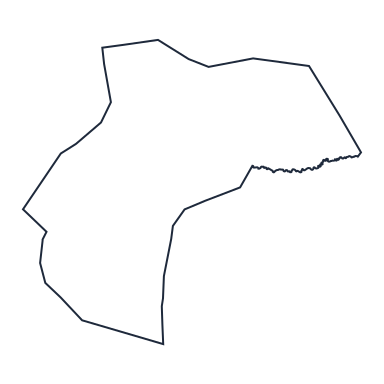 outline of Bayan-Ovoo, Hentiy, Mongolia
{"feature_id": "93677404B57726852973522", "entity_name": "Bayan-Ovoo", "entity_type": "district", "adm_level": 2, "iso_a3": "MNG", "parent_name": "Mongolia", "parent_adm1": "Hentiy", "projection": "equal_earth", "projection_center": [112.511, 47.731], "detail": "fine", "context": "isolated", "style": "outline", "palette": "slate", "viewbox_px": 384, "rotation_deg": 0, "n_neighbors": 0, "source": "geoboundaries", "source_scale": "gbopen_adm2", "svg_char_len": 4835}
<svg xmlns="http://www.w3.org/2000/svg" viewBox="0 0 384 384"><path d="M42.6,240.6L40.1,263.0L45.3,282.9L60.8,297.6L82.1,320.3L163.2,344.1L162.4,324.8L161.8,306.2L163.0,298.3L163.9,276.1L171.2,239.0L172.9,225.9L184.6,209.4L205.1,200.8L240.1,187.4L252.4,165.8L252.8,165.9L253.2,166.1L253.3,166.4L253.2,166.7L253.1,167.0L253.2,167.3L253.5,167.5L254.2,167.6L255.2,167.5L256.2,167.4L257.0,167.3L257.5,167.4L257.8,167.6L258.1,167.9L258.3,168.2L258.4,168.7L258.7,168.7L259.1,168.7L259.4,168.6L259.8,168.3L260.4,168.1L260.8,167.3L261.1,166.9L261.4,166.7L261.6,166.7L262.0,166.7L262.5,166.8L262.9,166.7L263.4,166.7L263.7,166.8L263.8,166.9L263.9,167.2L263.9,167.6L264.2,167.9L264.6,167.9L264.8,167.8L265.1,167.6L265.6,167.5L265.9,167.6L266.3,167.8L266.4,168.1L266.5,168.7L266.8,169.1L267.1,169.2L267.4,169.1L267.7,169.0L267.9,168.7L268.0,168.4L268.4,168.3L268.6,168.4L268.9,168.7L269.4,169.0L270.1,169.3L270.6,169.6L271.0,169.9L271.4,170.2L271.8,170.4L272.4,170.6L272.6,170.8L272.8,171.2L272.9,171.9L273.6,172.3L274.1,172.2L274.5,171.8L274.8,171.4L275.1,171.1L275.6,170.8L275.8,170.6L276.3,170.3L276.8,170.1L277.3,170.0L277.9,170.0L278.2,169.9L278.5,169.7L279.2,169.4L280.0,169.3L280.6,169.5L281.0,169.5L281.4,169.6L281.9,169.6L282.5,169.6L282.9,169.6L283.1,169.8L283.3,170.1L283.5,170.7L283.7,171.1L284.3,171.4L284.7,171.4L285.0,171.3L285.3,171.0L285.6,170.6L285.8,170.3L286.1,170.1L286.3,170.1L286.7,170.1L287.0,170.2L287.3,170.5L287.5,171.1L287.8,171.4L288.2,171.5L288.6,171.4L289.0,171.3L289.3,171.3L289.5,171.3L289.6,171.5L289.7,171.9L290.1,172.2L290.6,172.2L291.0,172.2L291.4,172.0L291.5,171.6L291.6,171.1L291.7,170.8L291.9,170.6L292.2,170.3L292.3,169.8L292.6,169.4L293.4,169.3L294.2,169.5L294.8,169.8L295.2,170.1L295.5,170.3L295.6,170.5L295.7,170.8L295.9,171.1L296.2,171.3L296.5,171.3L296.8,171.1L297.4,170.9L297.6,170.9L298.1,171.1L298.6,171.4L299.1,171.7L299.6,172.0L300.2,172.3L300.5,172.3L301.0,172.2L301.4,172.0L301.5,171.7L301.4,171.1L301.4,170.7L301.6,170.5L301.8,170.3L302.0,170.1L302.1,169.8L302.1,169.3L302.2,169.2L302.3,169.1L302.5,169.0L302.9,169.2L303.1,169.5L303.3,169.8L303.6,170.1L304.1,170.3L304.8,170.2L305.1,169.9L305.8,169.5L306.4,169.1L307.0,168.6L307.3,168.4L307.8,168.2L308.3,168.0L309.0,168.1L309.7,168.1L310.0,168.2L310.2,168.4L310.7,169.0L311.2,169.5L311.4,169.6L311.9,169.8L312.2,169.8L312.6,169.7L312.9,169.4L313.3,168.9L313.5,168.4L313.5,167.9L313.6,167.6L313.8,167.4L314.0,167.3L314.3,167.3L314.6,167.4L314.8,167.7L315.2,168.0L315.5,168.2L316.1,168.5L316.8,168.4L317.2,168.3L317.8,168.1L318.3,167.8L318.5,167.3L318.6,166.8L318.4,166.5L318.1,166.2L318.2,165.9L318.4,165.8L318.6,165.8L318.9,165.9L319.1,166.2L319.4,166.6L319.6,166.7L319.9,166.7L320.4,166.5L320.6,166.3L320.7,166.0L320.7,165.6L320.5,165.2L320.3,164.8L320.2,164.5L320.4,164.3L320.6,164.2L320.9,164.2L321.3,164.3L321.6,164.5L322.0,164.5L322.4,164.4L322.6,164.2L322.6,163.8L322.4,163.5L322.1,163.2L321.7,163.0L321.5,162.9L321.5,162.7L322.0,162.4L322.5,162.3L322.8,162.1L323.0,161.9L323.2,161.6L323.3,161.3L323.2,161.1L323.1,160.9L323.1,160.6L323.1,160.4L323.3,160.1L323.7,159.9L324.0,159.9L324.2,160.0L324.5,160.2L324.7,160.5L325.0,160.7L325.4,160.8L325.7,160.7L326.0,160.6L326.2,160.2L326.1,159.9L326.0,159.5L326.1,159.2L326.3,158.9L326.5,158.8L327.1,158.8L327.4,158.9L327.7,159.0L327.9,159.2L327.8,159.6L327.8,160.2L327.8,160.7L327.9,161.0L328.1,161.3L328.3,161.4L328.7,161.6L329.1,161.6L329.7,161.6L330.1,161.4L330.6,161.1L330.8,161.0L331.1,161.0L331.4,161.0L331.8,160.9L332.2,160.7L332.5,160.6L332.8,160.6L333.4,160.7L333.9,160.7L334.3,160.5L334.7,160.2L335.0,159.9L335.0,159.7L335.0,159.4L335.3,159.4L335.3,159.6L335.3,159.8L335.5,160.1L335.7,160.4L335.9,160.5L336.3,160.5L336.6,160.5L336.9,160.2L336.8,159.7L336.7,159.4L336.8,159.2L337.1,158.9L337.3,158.9L337.6,159.0L337.8,159.3L337.9,159.6L338.3,159.8L338.5,159.7L338.9,159.4L338.9,159.2L338.9,158.8L338.9,158.4L339.2,158.3L339.5,158.1L339.8,158.1L340.0,157.9L340.1,157.6L340.1,157.3L340.3,157.2L340.6,157.2L341.0,157.2L341.2,157.3L341.6,157.7L341.9,158.0L342.2,158.4L342.6,158.5L343.1,158.5L343.5,158.3L344.5,157.4L344.8,157.4L345.0,157.5L345.5,158.1L345.9,158.1L346.2,157.9L346.3,157.7L346.3,157.4L346.4,157.2L346.6,157.1L346.9,157.0L347.4,156.9L347.9,156.9L348.1,156.8L348.3,156.7L348.7,156.4L349.0,156.2L349.3,156.1L349.5,156.2L349.9,156.3L350.4,156.4L350.8,156.6L351.2,157.0L351.5,157.4L351.9,157.4L352.3,157.2L352.7,157.1L352.9,157.0L353.1,156.9L353.4,156.9L353.6,156.9L353.7,156.7L353.9,156.6L354.1,156.6L354.4,156.6L354.8,156.4L355.1,156.1L355.6,156.0L356.4,156.1L357.4,156.1L357.6,156.1L357.9,156.2L358.0,156.4L361.0,152.4L339.6,115.6L309.0,66.0L253.1,58.4L208.6,66.9L188.7,59.1L158.0,39.9L123.8,44.8L102.3,47.7L104.1,64.0L110.9,102.2L101.0,122.5L76.1,143.8L60.8,153.5L41.9,181.4L23.0,209.3L46.5,231.8L42.6,239.5L42.6,240.6Z" fill="none" stroke="#1e293b" stroke-width="2"/></svg>